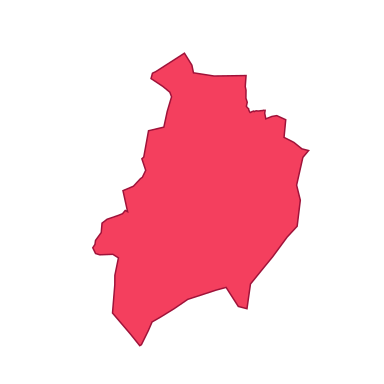 Iwo, Osun, Nigeria (Robinson projection), rotated 245°
{"feature_id": "59680162B23671729796425", "entity_name": "Iwo", "entity_type": "district", "adm_level": 2, "iso_a3": "NGA", "parent_name": "Nigeria", "parent_adm1": "Osun", "projection": "robinson", "projection_center": [4.161, 7.675], "detail": "fine", "context": "isolated", "style": "filled", "palette": "rose", "viewbox_px": 384, "rotation_deg": 245, "n_neighbors": 0, "source": "geoboundaries", "source_scale": "gbopen_adm2", "svg_char_len": 1280}
<svg xmlns="http://www.w3.org/2000/svg" viewBox="0 0 384 384"><g transform="rotate(245 192 192)"><path d="M321.0,243.8L316.4,210.0L316.4,206.7L316.3,206.3L312.1,202.8L300.0,210.2L291.8,214.1L286.9,213.7L275.5,203.6L271.8,200.8L262.7,193.9L265.9,178.5L244.0,163.0L243.3,160.6L231.2,159.2L226.3,153.2L225.9,151.0L224.2,146.8L222.0,141.4L222.4,130.0L201.4,125.3L203.5,123.7L201.7,119.9L201.9,115.7L203.2,103.5L201.8,97.3L193.6,92.6L188.9,84.1L185.5,81.9L183.4,78.5L177.0,78.6L174.1,81.8L169.0,93.9L163.4,97.5L149.1,86.9L140.5,82.8L115.9,68.8L89.5,76.1L74.8,79.7L75.0,81.6L84.8,93.8L91.1,100.9L92.0,111.1L93.8,126.5L96.5,142.8L92.9,172.4L91.1,182.6L68.7,185.6L63.0,192.5L83.9,206.1L93.3,225.4L99.2,237.7L110.9,259.1L115.7,270.8L116.5,272.8L138.8,286.7L154.0,289.7L176.5,307.1L180.3,315.2L184.7,309.8L193.9,305.3L202.6,298.5L217.9,307.5L225.4,301.1L226.7,296.4L227.1,289.8L232.7,291.2L235.1,292.8L236.0,291.0L236.0,290.0L236.5,289.2L237.0,287.4L237.4,286.2L238.4,284.6L238.6,283.6L238.6,282.3L239.3,282.1L239.5,280.3L239.3,278.6L239.6,278.2L241.1,278.1L242.4,278.1L243.4,278.5L245.1,277.8L246.7,277.5L250.0,280.0L254.2,280.5L261.5,284.0L265.0,284.8L274.7,290.2L282.3,273.2L287.8,261.0L299.4,243.7L307.0,245.5L321.0,243.8Z" fill="#f43f5e" stroke="#9f1239" stroke-width="1.5"/></g></svg>